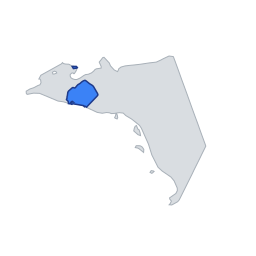 where Dubay sits in United Arab Emirates, rotated 242°
{"feature_id": "ARE-350", "entity_name": "Dubay", "entity_type": "Emirate", "adm_level": 1, "iso_a3": "ARE", "parent_name": "United Arab Emirates", "parent_adm1": "", "projection": "robinson", "projection_center": [55.527, 24.951], "detail": "fine", "context": "in_parent", "style": "filled", "palette": "blue", "viewbox_px": 256, "rotation_deg": 242, "n_neighbors": 0, "source": "natural_earth", "source_scale": "10m", "svg_char_len": 3358}
<svg xmlns="http://www.w3.org/2000/svg" viewBox="0 0 256 256"><g transform="rotate(242 128 128)"><path d="M213.1,72.3L215.5,75.8L215.9,99.3L216.5,100.9L215.2,101.2L213.7,103.0L212.1,105.7L209.8,107.2L207.9,108.8L206.2,110.8L204.6,111.2L202.6,108.7L201.2,106.1L201.5,105.5L202.5,105.3L202.9,104.0L202.3,102.0L200.9,101.3L199.2,101.2L197.5,102.1L195.8,103.8L194.8,105.7L194.6,109.4L195.1,113.5L195.1,115.6L194.1,118.1L193.8,121.8L194.4,124.6L195.1,126.3L195.1,127.8L193.5,132.4L194.9,133.2L199.7,133.5L201.0,136.6L202.0,138.7L201.7,140.0L198.4,140.9L194.2,142.0L191.1,141.7L185.7,143.1L182.7,145.2L183.6,146.6L184.6,147.6L185.1,150.4L184.2,154.5L182.7,158.4L180.7,163.2L178.5,168.8L175.5,177.3L172.9,183.9L172.6,188.7L172.6,191.8L172.3,198.0L169.9,201.4L169.3,201.5L166.4,201.1L165.4,201.0L162.6,200.6L158.3,200.0L152.7,199.2L146.0,198.2L138.6,197.2L130.7,196.1L122.5,194.9L114.3,193.7L106.4,192.6L98.9,191.6L92.3,190.6L86.7,189.8L82.3,189.2L79.6,188.8L78.6,188.7L75.5,188.2L73.8,185.9L71.8,183.1L69.8,180.3L67.8,177.6L65.8,174.8L63.8,172.0L61.8,169.2L59.8,166.4L57.7,163.6L55.7,160.8L53.7,158.0L51.7,155.2L49.7,152.4L47.7,149.6L45.7,146.8L43.7,144.0L41.7,141.2L40.4,139.3L39.6,137.2L39.5,131.7L39.5,130.5L40.9,128.3L41.5,129.9L43.1,132.0L45.6,131.5L46.8,131.9L47.7,139.5L49.6,142.2L51.9,143.3L59.7,143.9L64.5,142.9L74.1,137.9L79.2,136.1L93.0,136.4L104.2,138.5L121.5,139.7L124.9,139.4L134.2,135.4L140.0,131.9L143.4,130.8L145.7,127.4L147.2,123.0L148.5,120.1L150.2,118.7L151.8,116.2L153.1,112.2L156.3,108.1L169.2,98.3L176.7,89.9L177.4,87.3L181.5,83.2L184.7,78.8L200.1,66.2L203.1,61.0L204.9,55.1L205.1,54.7L206.5,54.5L208.3,55.4L208.5,59.7L207.8,63.8L207.8,68.2L207.5,70.6L208.9,72.5L211.4,73.4L212.4,73.3L213.1,72.3ZM212.6,90.0L212.8,88.2L212.4,87.2L210.8,87.1L210.2,88.7L210.0,90.9L211.0,91.1L212.6,90.0ZM126.2,135.2L126.2,136.6L122.4,136.2L121.4,136.9L118.4,136.5L115.4,135.5L117.4,133.7L122.7,131.7L124.9,133.5L126.2,135.2ZM104.3,131.7L101.6,131.9L99.1,130.3L104.3,128.1L105.7,127.2L107.3,125.2L108.5,126.9L107.1,129.6L106.2,130.7L104.3,131.7ZM145.9,123.8L145.6,124.6L144.6,124.6L142.0,123.8L141.1,122.6L142.8,121.2L143.5,121.1L144.5,122.6L145.9,123.8ZM78.0,130.4L77.4,130.7L76.8,128.4L76.8,127.7L78.5,126.6L79.5,128.5L78.0,130.4Z" fill="#d9dde1" stroke="#a8b0b8" stroke-width="1"/><path d="M166.2,101.0L166.4,100.9L167.4,100.3L167.2,99.5L168.4,99.2L168.6,99.3L171.3,95.9L175.1,90.9L175.3,90.2L175.2,89.6L175.9,88.9L176.5,89.0L177.1,89.9L177.3,90.4L177.1,91.0L176.6,91.8L177.6,91.4L177.8,90.7L177.6,89.8L176.8,88.3L176.7,88.0L176.9,87.6L177.5,86.9L177.6,87.0L179.4,87.6L180.5,87.5L181.7,87.0L182.0,87.0L182.3,87.2L182.6,87.8L183.0,88.1L184.1,88.8L184.4,89.0L184.7,89.3L185.0,89.6L187.6,91.5L188.2,92.2L188.6,93.0L189.7,97.7L189.7,98.0L189.5,98.5L189.3,98.8L188.8,99.2L188.6,99.4L188.5,99.6L188.3,100.0L188.6,101.1L189.2,102.4L189.6,103.6L189.8,104.2L189.8,104.5L189.8,105.5L189.9,106.8L190.4,108.6L190.5,109.9L190.6,110.6L190.5,111.2L190.5,111.6L190.4,112.0L190.2,112.5L189.3,113.1L185.3,114.8L182.8,116.3L181.7,116.8L180.7,117.0L172.9,117.3L172.2,117.2L171.4,117.0L171.0,116.4L170.6,115.5L166.1,101.8L165.8,101.3L166.0,101.2L166.2,101.0ZM208.5,107.6L207.9,109.1L207.1,110.2L206.9,110.9L206.6,111.3L205.9,111.5L205.1,111.6L205.1,111.2L205.0,110.6L205.3,109.8L206.1,107.7L208.5,107.6L208.5,107.6Z" fill="#3b82f6" stroke="#1e3a8a" stroke-width="1.5"/></g></svg>